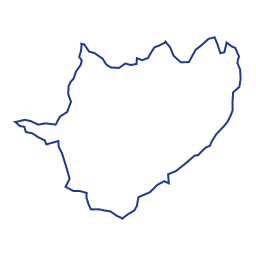 outline of Malia, Limassol, Cyprus
{"feature_id": "46923920B95494316044339", "entity_name": "Malia", "entity_type": "district", "adm_level": 2, "iso_a3": "CYP", "parent_name": "Cyprus", "parent_adm1": "Limassol", "projection": "orthographic", "projection_center": [32.764, 34.803], "detail": "fine", "context": "isolated", "style": "outline", "palette": "blue", "viewbox_px": 256, "rotation_deg": 0, "n_neighbors": 0, "source": "geoboundaries", "source_scale": "gbopen_adm2", "svg_char_len": 1398}
<svg xmlns="http://www.w3.org/2000/svg" viewBox="0 0 256 256"><path d="M15.4,122.0L19.7,126.0L24.4,126.8L25.8,132.0L32.2,133.3L38.9,137.6L44.7,140.3L46.4,144.4L58.4,141.0L58.6,146.6L62.1,153.6L67.1,169.8L69.6,178.9L65.5,186.8L73.5,191.0L79.8,191.0L86.7,193.0L86.4,197.3L88.7,204.7L90.9,209.3L99.0,209.3L101.4,209.8L105.3,210.7L110.5,211.4L114.3,214.1L117.3,216.1L121.6,217.9L122.1,218.7L127.7,214.4L134.4,210.4L136.9,205.9L138.4,197.2L150.0,192.2L157.4,184.8L164.3,181.2L168.8,183.3L168.1,174.3L176.2,170.9L184.4,164.4L194.5,155.7L198.4,155.0L201.8,151.2L205.8,147.5L209.8,145.9L210.9,143.5L211.9,141.2L216.2,134.3L224.1,126.0L227.5,121.8L230.4,116.1L232.6,110.5L232.5,102.3L233.1,92.4L239.4,86.8L240.6,78.6L240.1,69.4L238.2,64.9L237.4,62.8L237.9,59.7L239.1,56.7L235.2,47.9L231.9,46.5L226.6,42.6L224.4,52.2L220.4,53.2L217.1,43.2L214.5,37.3L208.5,38.9L200.8,45.8L195.8,49.6L192.9,54.7L188.9,62.1L180.8,62.3L173.6,55.8L170.4,47.8L165.5,41.6L164.9,42.7L159.0,45.6L154.5,47.3L150.7,53.1L148.1,57.9L142.3,60.2L136.9,58.2L136.5,64.0L130.5,65.0L125.4,63.5L119.1,67.9L111.0,67.5L106.2,64.5L102.6,58.7L94.9,53.3L89.0,51.5L84.2,44.4L81.5,43.9L81.6,44.1L81.0,50.9L79.2,56.9L81.8,60.6L80.5,65.2L76.0,71.5L73.6,78.6L70.5,82.1L68.6,86.0L68.2,94.0L71.0,101.8L67.1,112.0L59.9,116.6L55.7,124.6L45.6,123.4L38.0,124.6L30.8,121.1L24.8,119.8L15.8,122.0L15.4,122.0Z" fill="none" stroke="#1e3a8a" stroke-width="2"/></svg>